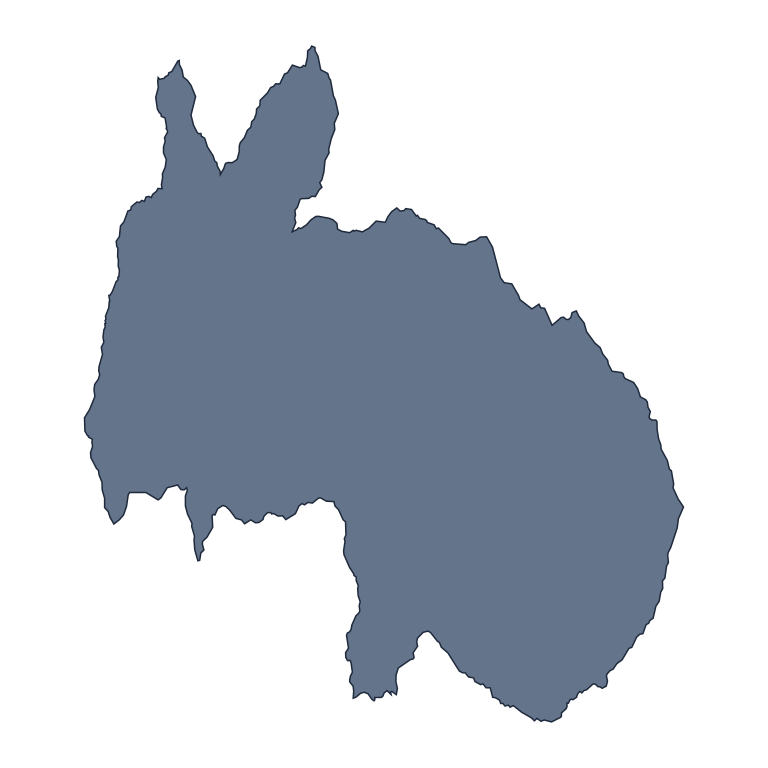 Chitagà, Norte de Santander, Colombia (Equal Earth projection)
{"feature_id": "7082276B34318906622646", "entity_name": "Chitagà", "entity_type": "district", "adm_level": 2, "iso_a3": "COL", "parent_name": "Colombia", "parent_adm1": "Norte de Santander", "projection": "equal_earth", "projection_center": [-72.568, 7.068], "detail": "fine", "context": "isolated", "style": "filled", "palette": "slate", "viewbox_px": 768, "rotation_deg": 0, "n_neighbors": 0, "source": "geoboundaries", "source_scale": "gbopen_adm2", "svg_char_len": 6069}
<svg xmlns="http://www.w3.org/2000/svg" viewBox="0 0 768 768"><path d="M683.5,507.0L678.2,499.1L673.0,487.8L673.7,484.2L671.4,470.8L669.4,469.2L667.3,460.4L661.1,449.1L660.8,444.9L658.6,438.7L657.1,429.5L657.0,421.6L655.9,420.0L652.0,420.0L649.5,418.4L649.1,416.5L650.3,411.5L648.0,407.3L647.3,402.0L645.7,399.7L640.4,396.9L637.7,388.7L633.7,382.5L625.2,378.6L623.8,376.6L623.3,373.9L621.7,372.6L612.0,371.2L608.3,364.1L607.6,360.2L602.8,354.1L600.2,347.7L594.7,342.9L586.5,331.6L584.1,323.0L578.6,315.9L576.3,310.9L572.1,312.6L570.8,317.6L568.2,319.6L566.0,319.3L563.6,317.2L561.2,317.5L552.1,325.3L544.6,308.3L540.8,307.8L539.0,304.2L531.9,308.9L520.0,299.7L518.5,295.4L511.8,283.9L504.2,282.7L500.5,277.8L492.5,247.1L486.6,236.8L480.1,237.1L475.7,240.5L468.6,242.4L465.8,244.7L452.3,243.6L450.8,242.5L448.8,238.5L438.4,228.0L436.3,228.7L434.1,224.8L427.0,222.3L426.9,220.9L425.3,219.5L419.7,218.4L417.4,215.3L416.2,216.0L411.5,209.5L405.8,208.6L404.1,210.5L400.2,211.1L396.8,207.9L391.4,211.9L387.9,216.7L385.3,222.3L376.1,221.1L369.1,228.1L362.3,231.9L356.1,230.3L354.0,231.1L353.2,230.3L349.7,232.7L341.9,231.3L337.6,229.2L336.9,223.4L333.1,219.9L329.3,218.3L318.3,216.3L315.7,216.5L311.0,219.8L306.5,224.8L300.8,228.6L298.5,227.8L297.1,229.5L292.1,231.8L295.8,222.6L294.6,218.0L295.5,215.3L294.9,210.3L297.4,207.3L300.0,199.6L301.1,198.7L308.8,198.4L311.8,196.2L315.3,196.6L319.2,189.8L321.9,187.3L319.7,182.6L321.8,179.9L323.9,171.9L325.0,160.4L329.1,152.8L328.7,149.2L331.3,138.6L334.8,129.6L334.3,123.3L338.4,113.7L335.4,100.1L333.4,95.7L330.5,79.9L329.2,78.3L327.7,73.4L320.7,69.8L318.0,56.2L315.1,50.9L314.9,47.4L311.7,46.1L310.4,48.6L307.7,50.8L307.4,57.5L305.4,66.1L303.3,65.5L301.7,67.2L299.6,67.6L292.4,65.1L287.5,72.8L284.5,74.0L279.8,83.9L275.7,83.8L273.5,86.4L270.6,87.6L267.5,92.9L260.2,100.3L259.9,105.7L256.6,109.0L256.2,113.8L254.1,119.3L251.7,121.7L250.8,127.2L247.4,130.3L244.3,137.8L240.3,142.6L239.3,145.8L239.2,151.8L237.1,159.5L232.3,162.7L228.0,162.5L225.5,163.4L223.8,168.4L220.4,174.5L220.2,171.5L217.3,166.1L216.8,162.7L214.7,160.9L213.1,155.8L207.5,147.0L204.7,138.2L201.4,136.2L200.9,133.5L198.8,133.7L197.3,132.6L193.6,125.4L191.0,115.1L195.6,96.6L191.0,85.3L187.5,80.5L183.3,77.0L182.1,70.1L179.3,64.3L179.3,60.5L177.8,61.1L171.8,71.5L168.8,72.8L168.1,75.3L165.1,76.8L164.5,78.2L159.7,79.3L158.2,77.6L157.7,81.3L158.3,87.6L155.7,97.4L157.4,109.1L159.4,112.8L160.9,113.7L161.3,116.3L165.1,118.0L166.6,127.2L166.1,128.6L167.3,130.0L167.5,132.2L164.5,137.8L165.2,141.2L163.5,147.0L163.5,152.9L166.3,159.6L165.2,167.2L162.4,173.8L162.6,177.5L161.4,184.7L162.1,188.6L157.9,188.5L156.5,191.3L152.6,194.4L151.3,197.6L148.9,196.4L146.0,197.0L144.4,201.4L141.9,200.4L139.4,202.5L136.9,202.0L131.3,206.7L130.8,209.9L127.9,211.0L123.9,221.9L120.5,225.9L119.4,236.6L116.2,241.3L116.8,246.5L117.9,248.2L117.6,256.6L118.4,259.9L118.2,266.1L119.4,270.3L118.9,276.5L117.9,277.2L118.0,279.7L116.1,281.7L112.5,291.2L110.2,295.1L108.8,295.4L109.8,301.2L109.2,301.7L108.8,307.7L105.5,316.2L105.9,319.2L105.1,320.6L105.7,323.2L104.8,323.7L105.2,327.0L103.9,329.8L103.0,336.7L103.8,342.4L101.3,347.3L102.5,354.4L99.1,366.3L98.7,370.7L99.7,374.7L98.3,379.2L94.7,384.4L94.0,390.0L94.9,396.5L89.6,409.5L84.5,417.8L84.9,431.1L87.5,435.7L88.5,435.9L88.6,437.2L92.4,439.3L91.9,442.3L92.6,446.4L90.5,452.8L91.0,457.9L96.4,468.3L98.5,470.6L99.1,475.0L102.0,482.3L102.2,489.8L104.6,498.2L104.6,507.6L108.2,511.6L110.0,517.3L113.9,524.0L119.4,519.7L123.5,515.0L126.5,506.5L128.2,494.8L129.6,492.5L145.9,492.5L158.1,499.9L160.9,497.9L167.2,487.7L177.7,485.0L180.8,489.5L184.1,489.9L186.6,487.8L187.3,490.4L185.4,496.0L185.4,505.9L187.6,514.3L192.0,523.4L191.7,526.5L194.5,536.2L194.0,539.9L194.8,550.0L197.9,560.8L199.7,560.3L200.8,553.1L203.9,550.0L202.4,544.3L202.5,541.5L207.0,537.2L212.7,527.3L212.1,515.5L213.6,514.4L214.9,515.0L217.7,508.7L222.7,505.5L225.9,506.5L229.6,510.0L235.9,518.4L241.5,519.9L244.6,523.8L250.7,519.9L255.5,522.8L258.9,522.5L263.0,519.5L263.9,516.3L267.5,512.7L270.8,512.6L271.7,514.0L273.5,513.5L278.1,516.1L282.6,515.8L285.8,519.6L295.4,513.7L299.0,505.9L301.9,503.6L304.5,504.8L308.1,502.4L312.4,503.1L318.5,498.1L320.6,497.9L326.4,501.2L333.9,501.6L335.0,506.0L338.6,509.8L343.1,519.7L345.5,521.8L346.0,534.7L344.3,538.8L345.0,541.4L343.6,550.9L344.0,554.7L349.6,567.5L353.8,574.0L353.9,575.4L356.3,577.1L356.2,580.6L358.3,585.6L357.7,588.7L358.2,595.9L360.2,601.6L359.2,605.7L359.8,610.7L359.2,612.6L355.9,615.9L351.8,625.2L351.2,629.2L349.6,631.8L347.3,633.1L346.5,635.4L348.5,648.1L345.6,652.6L345.8,657.5L347.6,660.7L350.1,660.4L351.1,663.0L352.4,672.2L350.5,675.9L349.6,680.1L349.9,682.2L353.1,686.1L353.7,691.0L353.2,698.2L355.7,697.3L360.9,693.1L364.3,692.3L368.1,693.8L371.8,699.2L374.0,700.8L374.8,699.9L374.7,697.5L381.5,697.4L382.9,696.1L384.0,693.2L387.0,690.6L391.1,694.5L390.5,691.8L391.9,691.5L396.3,694.6L397.4,688.4L395.9,681.7L396.1,674.9L398.3,668.0L410.1,659.8L413.4,658.8L414.1,657.3L413.1,652.8L417.6,646.2L416.7,641.8L417.5,638.1L423.2,632.3L428.0,631.1L430.6,632.6L437.4,641.2L439.5,642.6L441.3,647.2L447.9,652.9L459.3,671.0L462.6,672.8L465.1,672.8L468.6,677.0L473.6,677.9L475.0,681.6L480.6,684.6L483.0,683.9L486.1,687.8L490.2,687.8L492.7,697.3L495.6,697.8L499.5,700.1L500.7,703.5L502.9,703.4L504.9,706.0L508.5,705.2L510.1,707.2L513.3,705.6L521.6,712.2L531.4,717.8L534.4,720.8L537.0,718.4L541.0,721.3L544.2,720.0L551.6,721.9L560.7,717.3L561.4,716.3L561.4,713.1L566.3,708.5L567.1,706.1L566.8,703.1L568.5,703.1L569.7,700.2L571.2,699.1L572.9,699.7L576.5,697.3L577.7,693.8L579.9,691.4L581.8,692.9L584.2,690.4L586.6,689.8L593.0,684.0L595.3,684.1L598.0,686.7L600.1,686.8L602.1,688.3L606.2,686.2L607.5,681.3L606.4,675.6L607.3,673.7L610.3,670.4L613.1,669.2L616.8,663.7L622.1,659.8L628.9,648.4L631.8,647.3L636.6,637.2L639.8,634.2L642.9,633.7L646.1,624.6L648.6,623.3L650.0,620.3L653.1,618.3L655.9,606.2L659.2,601.2L660.7,592.2L662.7,588.6L662.5,580.8L664.9,578.1L666.6,565.8L668.4,562.7L667.7,555.2L668.2,552.4L670.7,547.6L677.2,528.0L678.4,518.8L683.5,507.0Z" fill="#64748b" stroke="#1e293b" stroke-width="1.5"/></svg>